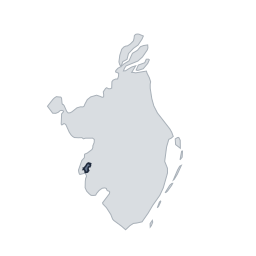 Oost Gelre, Gelderland, Netherlands (highlighted), rotated 127°
{"feature_id": "6326949B14746405768103", "entity_name": "Oost Gelre", "entity_type": "district", "adm_level": 2, "iso_a3": "NLD", "parent_name": "Netherlands", "parent_adm1": "Gelderland", "projection": "equal_earth", "projection_center": [6.593, 52.015], "detail": "fine", "context": "in_parent", "style": "filled", "palette": "slate", "viewbox_px": 256, "rotation_deg": 127, "n_neighbors": 0, "source": "geoboundaries", "source_scale": "gbopen_adm2", "svg_char_len": 4414}
<svg xmlns="http://www.w3.org/2000/svg" viewBox="0 0 256 256"><g transform="rotate(127 128 128)"><path d="M159.1,205.4L154.7,205.3L150.6,205.2L148.4,204.9L146.1,204.1L145.1,202.4L143.8,200.3L144.1,199.1L148.0,195.5L148.6,194.5L148.2,194.0L148.6,192.4L151.6,187.0L152.0,184.9L150.7,183.4L148.8,182.5L142.6,180.9L139.7,178.7L138.3,176.7L136.9,176.2L134.9,176.8L129.8,177.6L125.6,176.5L120.7,172.8L119.6,169.5L119.0,167.0L117.8,166.2L116.1,167.4L114.0,169.5L109.9,169.7L108.7,169.3L108.5,168.1L108.3,167.0L107.2,165.7L106.0,165.0L100.7,168.7L98.7,168.7L96.3,167.3L95.1,165.8L92.4,166.7L89.9,168.4L90.7,171.7L89.4,172.3L86.4,172.0L83.1,170.6L79.3,169.8L73.7,167.6L65.7,169.4L60.2,167.2L55.6,167.0L52.8,165.2L49.8,162.3L52.0,160.3L54.1,159.6L62.5,159.2L68.6,160.4L79.5,166.9L82.3,166.8L85.2,166.0L83.7,164.3L81.0,163.4L77.0,161.7L73.7,159.3L81.4,158.5L80.4,157.2L79.4,155.1L71.5,147.6L72.9,145.6L75.0,141.3L77.5,137.7L79.6,136.7L82.9,134.2L90.2,126.7L94.8,120.7L98.3,113.5L103.6,93.9L105.1,90.5L107.5,86.8L110.5,87.5L112.5,88.6L119.9,85.8L132.6,78.6L136.4,72.3L140.1,69.4L154.6,63.8L162.6,62.1L174.9,61.7L183.8,60.7L194.5,60.3L198.6,63.8L201.0,66.3L204.8,67.7L210.7,68.7L210.3,73.8L210.4,83.7L210.0,85.5L207.4,89.7L204.6,97.3L203.8,102.3L203.0,103.3L191.7,103.3L190.1,104.1L189.9,105.2L190.4,106.5L190.2,107.8L189.3,108.8L189.8,110.5L191.7,112.4L195.3,113.5L199.1,113.7L201.1,113.4L202.5,114.8L204.0,116.9L203.9,119.5L203.3,123.0L201.5,126.3L196.3,130.0L193.9,131.4L191.7,132.0L190.7,133.0L190.2,134.3L190.3,135.4L194.0,138.4L194.0,139.1L192.9,140.7L191.4,142.2L181.8,145.3L177.9,145.0L175.6,146.6L174.9,146.8L172.4,145.4L166.8,143.8L164.6,144.4L163.5,145.3L159.9,146.3L157.4,148.0L157.4,150.2L161.8,155.9L163.4,157.0L163.5,159.1L165.6,161.7L167.9,165.1L168.1,167.2L167.8,169.3L166.7,172.4L162.8,179.5L162.7,180.9L163.0,181.9L164.4,182.2L165.4,182.7L165.1,183.7L157.8,188.7L156.8,189.5L153.7,189.3L153.3,190.1L153.7,191.4L154.9,192.6L157.5,193.2L159.7,194.5L161.5,197.0L159.1,205.4ZM83.1,170.6L82.4,172.7L80.7,175.0L74.9,178.3L68.9,180.4L65.9,180.1L63.8,179.0L62.7,177.8L59.5,176.7L55.1,176.1L52.4,177.3L50.4,178.5L48.7,178.3L47.5,177.3L46.5,175.8L45.3,171.1L48.6,170.3L55.7,169.9L61.1,171.6L68.3,172.4L73.8,170.1L78.1,172.1L83.1,170.6ZM71.5,151.5L75.6,154.4L76.5,155.4L76.8,156.4L71.5,157.6L65.8,153.9L62.1,154.8L60.7,153.1L60.7,152.0L64.6,151.1L71.5,151.5ZM112.6,80.0L108.3,83.7L105.8,82.7L105.0,81.8L106.4,78.9L112.7,74.0L112.6,80.0ZM131.4,63.2L127.4,63.7L125.7,62.9L135.2,60.8L141.2,60.2L142.3,60.5L131.4,63.2ZM157.0,59.4L148.6,60.2L145.8,59.6L145.3,59.0L147.6,58.6L154.7,58.5L156.9,59.0L157.0,59.4ZM122.1,67.3L114.3,71.2L113.6,70.6L118.7,67.2L122.1,67.3ZM191.1,52.8L187.1,53.0L188.3,51.6L191.9,50.6L193.8,50.6L191.1,52.8ZM174.1,56.6L168.1,58.4L166.7,58.0L167.1,57.5L172.3,56.4L174.1,56.6Z" fill="#d9dde1" stroke="#a8b0b8" stroke-width="1"/><path d="M187.0,139.4L187.1,139.2L187.3,139.1L187.4,138.9L187.4,139.0L187.5,138.9L187.7,138.7L187.8,138.7L187.7,138.6L187.8,138.6L187.7,138.5L187.7,137.8L187.6,137.6L187.6,137.4L187.7,137.1L187.8,137.0L187.8,136.9L187.9,136.7L187.7,136.6L187.8,136.6L188.0,136.5L188.0,136.4L188.5,136.1L188.6,135.9L188.8,135.8L189.0,135.8L189.0,135.7L189.1,135.4L189.1,135.2L189.0,134.9L188.7,134.8L188.6,134.7L188.4,134.7L188.2,134.6L188.1,134.4L188.1,134.2L187.9,134.0L187.7,133.9L187.4,133.8L187.3,134.0L187.2,134.1L186.9,134.3L186.8,134.2L186.7,134.1L186.9,134.1L186.9,133.9L186.7,133.9L186.4,133.9L186.0,133.7L185.9,133.7L185.6,133.8L185.6,134.0L185.6,134.3L185.6,134.5L185.4,134.6L185.3,134.8L185.2,134.8L185.2,135.0L184.9,135.2L185.0,135.2L184.9,135.2L184.9,135.3L184.6,135.5L184.3,135.6L184.1,135.7L183.3,135.9L182.7,136.0L182.5,135.8L182.4,135.7L182.1,135.4L181.8,135.1L181.7,135.2L181.1,135.4L180.8,135.3L180.7,135.4L180.7,135.5L180.4,135.7L180.2,135.6L179.7,136.1L179.6,136.3L179.5,136.2L179.4,136.3L179.5,136.5L179.4,136.5L179.5,136.6L179.4,136.7L179.5,136.8L179.4,137.0L179.7,137.3L179.3,137.5L179.6,137.8L179.9,137.9L180.0,138.0L179.9,138.3L179.9,138.2L179.7,138.4L179.7,138.5L179.8,138.6L180.0,138.7L180.2,138.8L180.3,138.8L180.5,138.8L180.9,139.0L181.3,139.0L181.7,139.1L181.8,139.1L182.1,139.1L183.1,138.8L183.3,138.8L183.6,138.8L183.9,138.8L184.1,138.9L184.3,138.8L184.7,138.9L184.9,138.9L185.0,138.9L185.3,138.9L185.8,139.0L186.1,139.1L186.3,139.1L186.6,139.1L186.8,139.2L186.9,139.3L187.0,139.3L187.0,139.4Z" fill="#64748b" stroke="#1e293b" stroke-width="1.5"/></g></svg>